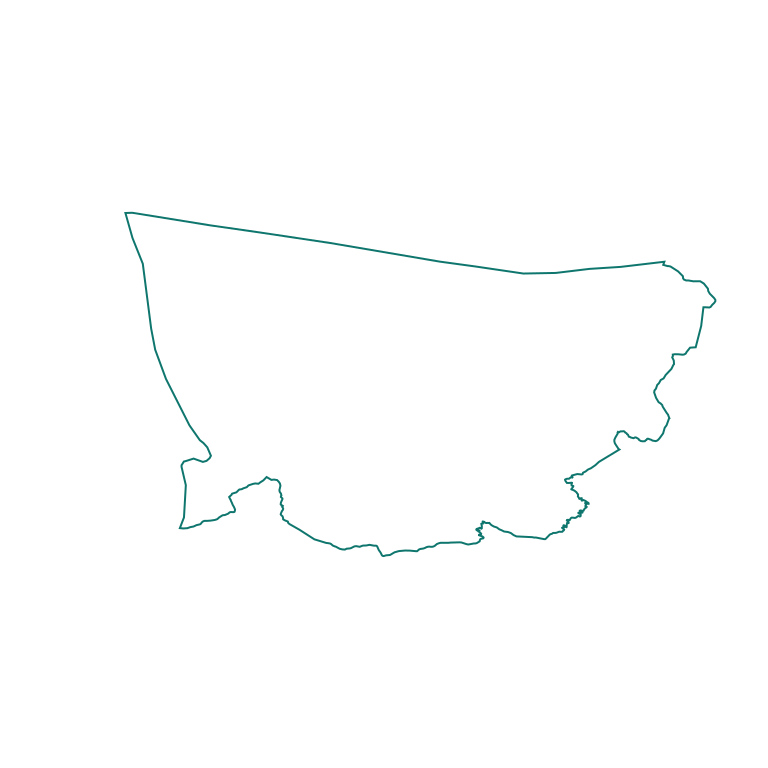 the district of Suaman, Western, Ghana, rotated 106°
{"feature_id": "2480657B41275879010095", "entity_name": "Suaman", "entity_type": "district", "adm_level": 2, "iso_a3": "GHA", "parent_name": "Ghana", "parent_adm1": "Western", "projection": "equal_earth", "projection_center": [-2.977, 6.108], "detail": "fine", "context": "isolated", "style": "outline", "palette": "teal", "viewbox_px": 768, "rotation_deg": 106, "n_neighbors": 0, "source": "geoboundaries", "source_scale": "gbopen_adm2", "svg_char_len": 6151}
<svg xmlns="http://www.w3.org/2000/svg" viewBox="0 0 768 768"><g transform="rotate(106 384 384)"><path d="M578.8,540.5L578.2,537.2L576.8,533.3L574.9,530.6L573.5,527.8L571.4,525.4L569.6,522.2L569.1,521.7L567.2,520.9L566.3,520.4L565.5,519.5L564.9,518.5L564.5,516.8L563.1,513.0L561.4,509.3L560.3,507.6L559.7,506.9L557.7,505.7L554.8,503.1L554.4,502.4L553.8,500.8L552.0,498.6L551.4,497.9L550.3,497.3L549.8,496.8L549.4,496.2L548.6,493.2L548.1,492.5L546.9,492.4L545.7,492.6L543.6,494.3L541.9,496.1L540.1,497.5L538.2,499.2L537.8,499.3L536.8,500.4L535.3,501.7L532.7,500.1L531.3,499.8L528.8,496.0L525.7,494.3L525.2,493.8L524.6,492.3L523.8,491.1L523.3,490.8L521.0,487.5L519.0,486.4L518.6,486.0L516.2,482.5L515.1,480.4L514.5,477.2L512.5,475.7L509.9,473.4L505.8,471.2L507.2,465.8L506.2,463.4L505.8,460.3L507.0,458.2L507.9,457.1L508.7,456.4L510.4,455.5L514.8,455.3L516.3,454.6L517.8,452.8L519.5,451.9L519.9,452.1L521.0,452.0L522.0,450.1L522.6,449.9L526.3,450.4L528.0,450.2L528.4,449.3L529.1,449.1L529.2,448.9L529.0,447.9L529.1,447.6L530.4,447.8L531.3,446.7L531.9,446.5L533.2,446.6L534.4,447.1L536.9,447.4L537.7,447.4L538.5,446.5L539.1,445.1L540.4,444.2L541.9,443.6L542.4,441.7L542.7,438.6L543.0,438.3L543.7,438.0L544.1,437.5L544.7,436.2L547.4,425.1L552.5,408.1L552.7,395.7L552.4,393.9L552.2,391.9L552.4,390.8L553.4,388.7L553.7,386.3L553.6,385.7L554.6,381.2L554.5,378.6L553.9,375.9L552.6,374.5L551.5,371.6L550.8,370.4L548.5,368.0L547.9,367.0L547.5,365.9L547.2,362.5L545.5,360.3L545.0,359.3L544.1,356.5L542.6,353.6L542.2,349.3L541.6,347.0L541.8,346.1L542.1,345.7L545.1,343.2L547.0,340.8L549.3,338.7L549.6,337.6L549.5,336.9L548.1,334.7L546.8,331.3L546.4,330.8L542.9,327.5L540.5,323.6L538.3,317.9L537.1,313.5L535.9,307.2L535.6,306.1L533.3,304.6L532.5,303.5L531.3,300.8L530.2,299.3L529.3,298.4L528.5,297.2L527.9,295.9L527.6,294.1L527.2,292.8L526.6,291.7L525.7,290.7L523.2,289.0L521.7,287.0L521.0,285.7L519.0,278.6L518.1,276.3L515.4,267.8L515.0,265.9L515.2,260.2L515.0,258.7L514.6,257.8L512.6,253.8L512.0,252.0L511.4,251.0L508.9,248.7L507.6,248.8L506.5,248.6L506.2,248.3L505.0,246.1L504.3,245.9L504.0,246.1L503.4,247.4L503.2,251.0L502.7,251.1L501.9,250.1L501.5,249.3L501.2,249.3L500.1,250.9L499.7,252.6L499.3,252.6L498.6,252.2L498.5,252.8L499.0,253.8L499.0,254.6L498.6,255.1L497.8,255.0L496.6,253.2L495.9,252.5L495.8,251.9L496.1,251.5L496.1,251.3L495.9,250.9L496.1,250.4L495.8,250.2L493.6,250.8L491.6,251.9L491.1,251.4L490.9,250.5L490.1,250.4L489.3,251.2L489.0,251.2L488.9,250.9L488.9,249.5L489.1,249.3L489.5,249.5L489.4,248.7L489.5,247.6L488.9,245.8L488.8,245.0L488.5,244.4L489.7,242.6L490.2,241.2L490.7,239.2L490.8,236.0L491.9,233.1L492.1,231.0L492.7,227.9L492.1,224.0L492.3,221.0L493.5,217.8L494.0,214.7L490.4,199.4L490.2,197.2L489.7,195.6L489.0,187.3L488.7,186.3L488.1,185.8L483.2,183.2L482.5,182.6L481.7,181.3L480.5,180.3L480.1,178.7L479.5,177.3L477.7,174.9L477.3,173.1L476.8,171.8L476.1,171.6L475.1,170.8L474.3,170.7L473.7,171.9L473.4,172.9L473.1,173.1L472.5,172.5L472.0,171.1L471.8,170.9L471.5,170.9L471.2,172.3L471.0,172.5L470.5,172.5L470.2,172.2L470.2,171.6L470.4,171.0L471.2,169.7L471.3,169.1L470.9,169.0L469.9,169.4L467.1,169.7L466.8,169.5L466.9,168.4L466.6,168.2L465.7,168.6L465.3,169.1L464.9,170.4L464.8,170.6L464.3,170.6L463.9,169.9L463.6,168.0L461.7,167.5L461.2,167.2L460.7,166.7L460.4,165.5L460.1,163.5L459.5,162.6L457.5,161.1L457.3,160.6L457.4,159.3L457.0,158.7L456.1,158.7L455.3,158.9L454.9,159.4L454.7,161.4L454.2,161.6L453.3,160.7L453.3,158.5L453.1,158.1L452.8,157.8L452.4,157.9L452.1,160.3L451.7,160.7L451.4,160.3L451.1,157.9L450.8,157.3L449.2,157.0L448.3,156.6L446.6,155.3L446.3,155.3L446.2,155.7L446.1,156.6L445.5,156.8L444.7,156.5L444.2,156.5L443.3,157.7L442.8,157.8L442.6,157.7L442.7,156.5L443.0,155.5L443.0,154.8L442.7,154.3L441.9,154.8L441.7,156.0L440.9,158.0L440.7,159.2L440.6,160.5L441.4,161.3L441.5,161.8L441.3,162.0L439.4,162.4L439.4,163.1L439.7,163.4L440.2,163.7L440.5,164.1L440.4,164.8L439.5,165.4L438.7,166.6L436.7,167.0L436.4,167.3L436.0,168.1L435.1,169.0L434.0,171.6L433.7,173.7L433.7,174.6L433.6,174.9L433.1,174.9L432.6,174.6L430.4,173.8L429.9,174.0L429.8,175.7L428.6,176.2L427.7,176.0L427.2,176.1L427.2,176.5L428.3,179.4L428.7,180.9L427.2,182.8L426.3,183.5L426.0,183.6L425.7,183.4L424.6,181.9L424.1,180.1L422.2,178.7L422.0,177.2L421.6,177.1L420.5,178.2L420.1,178.1L417.3,173.4L416.5,169.2L416.0,168.3L414.4,168.2L412.4,166.0L410.2,164.5L409.2,163.4L408.0,161.9L403.7,158.4L399.6,155.9L382.1,139.7L381.9,140.4L381.3,141.2L378.2,144.8L377.0,146.0L375.5,146.8L374.1,147.2L371.5,146.8L367.3,145.7L366.2,146.1L365.5,145.9L365.7,145.2L365.6,144.7L364.7,144.0L364.2,143.3L364.1,142.6L363.3,140.5L363.5,139.6L364.1,138.9L364.5,137.4L364.7,137.0L365.2,136.6L365.4,136.1L365.4,135.7L365.7,135.3L367.1,134.2L367.2,132.6L367.4,132.0L367.3,129.2L366.2,128.0L366.0,127.5L366.0,126.7L366.7,124.1L367.4,123.5L368.0,121.6L367.9,120.2L367.7,119.3L367.1,117.5L366.0,117.0L365.6,116.4L364.2,115.9L363.8,115.2L364.0,111.5L364.4,110.4L364.0,107.0L362.8,105.5L360.6,104.3L354.6,102.1L348.7,102.1L345.8,101.0L338.6,100.5L338.3,100.2L336.1,101.9L335.2,102.5L333.8,104.4L328.9,109.9L327.5,110.8L326.4,112.9L325.8,115.0L322.4,118.6L317.6,122.0L315.6,122.2L313.6,121.3L309.6,121.1L307.4,119.9L303.9,119.1L301.6,116.8L297.6,115.7L290.3,111.9L285.9,111.1L285.0,110.7L281.6,111.9L278.9,114.3L277.6,114.0L276.1,114.5L275.2,112.6L274.3,109.2L273.5,104.9L272.8,103.5L271.5,102.3L270.0,102.0L264.7,99.8L262.8,94.5L240.8,95.1L222.2,98.1L221.4,95.2L220.8,92.4L219.9,91.3L217.4,90.3L215.0,88.9L213.1,88.3L211.9,88.6L210.5,90.2L207.4,95.7L205.3,97.9L203.1,98.9L199.3,104.2L198.1,108.3L200.0,114.9L200.6,120.1L201.2,122.1L200.9,124.5L200.0,125.6L198.0,126.4L194.7,132.3L192.1,140.9L192.2,142.9L192.5,143.8L192.5,148.4L189.2,148.2L206.2,188.8L216.7,218.2L229.9,249.5L239.4,280.5L245.9,329.0L251.0,364.2L263.3,474.6L272.6,545.4L279.4,594.8L288.8,673.2L290.9,679.7L313.0,666.0L334.9,649.0L394.9,623.1L414.1,613.4L439.2,595.0L477.4,559.6L488.8,545.5L490.5,541.3L493.6,536.4L500.7,530.6L503.4,531.2L506.8,533.4L508.8,536.6L508.2,546.5L512.6,553.1L513.7,555.0L517.9,556.2L519.4,555.8L535.9,546.6L567.4,539.5L578.8,540.5Z" fill="none" stroke="#0f766e" stroke-width="2"/></g></svg>